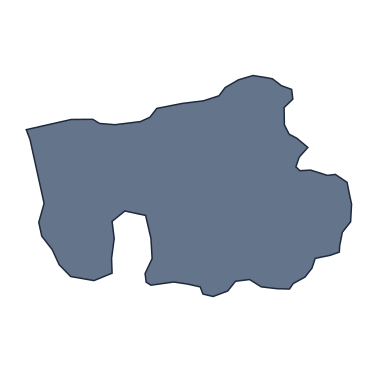 the district of Kungsbacka, Halland, Sweden, rotated 353°
{"feature_id": "70781695B93011743740918", "entity_name": "Kungsbacka", "entity_type": "district", "adm_level": 2, "iso_a3": "SWE", "parent_name": "Sweden", "parent_adm1": "Halland", "projection": "natural_earth1", "projection_center": [12.215, 57.462], "detail": "fine", "context": "isolated", "style": "filled", "palette": "slate", "viewbox_px": 384, "rotation_deg": 353, "n_neighbors": 0, "source": "geoboundaries", "source_scale": "gbopen_adm2", "svg_char_len": 1053}
<svg xmlns="http://www.w3.org/2000/svg" viewBox="0 0 384 384"><g transform="rotate(353 192 192)"><path d="M330.9,269.6L332.0,263.5L336.3,250.3L345.8,240.9L348.9,223.5L348.0,213.6L347.1,201.3L336.4,192.0L328.4,192.0L312.4,184.7L301.7,184.0L298.2,179.7L302.6,170.5L312.4,161.9L302.6,151.4L295.5,146.5L291.9,136.7L293.7,119.4L303.4,112.1L303.4,102.3L293.6,97.3L285.6,89.4L277.6,86.9L267.7,84.1L266.9,83.8L251.8,86.3L237.6,92.4L230.5,99.8L214.5,102.9L193.1,102.9L167.3,104.7L159.3,112.7L149.5,115.8L123.7,115.8L108.6,112.7L102.4,107.8L100.2,107.5L81.0,105.3L35.1,109.9L37.6,120.1L43.8,185.3L36.2,203.5L37.5,217.5L46.3,232.3L51.3,248.0L61.3,261.1L83.9,268.0L102.8,262.8L104.1,248.0L109.1,228.8L109.1,211.4L123.0,202.7L143.1,209.6L145.6,233.1L144.3,253.2L135.5,267.2L135.5,275.9L139.9,279.5L162.8,279.1L176.2,282.8L188.6,287.2L190.4,294.6L200.2,298.3L215.4,294.6L224.3,285.9L238.5,285.9L249.2,294.6L264.4,298.3L276.9,300.2L281.3,295.2L293.8,290.2L301.8,282.2L306.2,272.9L321.4,271.7L330.9,269.6Z" fill="#64748b" stroke="#1e293b" stroke-width="1.5"/></g></svg>